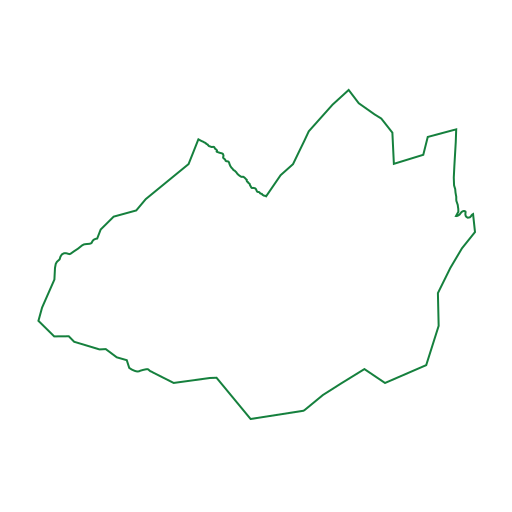 Zag, Bayanhongor, Mongolia, rotated 268°
{"feature_id": "93677404B97926170794637", "entity_name": "Zag", "entity_type": "district", "adm_level": 2, "iso_a3": "MNG", "parent_name": "Mongolia", "parent_adm1": "Bayanhongor", "projection": "albers", "projection_center": [99.297, 46.924], "detail": "fine", "context": "isolated", "style": "outline", "palette": "green", "viewbox_px": 512, "rotation_deg": 268, "n_neighbors": 0, "source": "geoboundaries", "source_scale": "gbopen_adm2", "svg_char_len": 3263}
<svg xmlns="http://www.w3.org/2000/svg" viewBox="0 0 512 512"><g transform="rotate(268 256 256)"><path d="M339.3,457.4L362.8,459.6L375.6,460.5L369.0,431.8L351.3,426.7L343.3,397.0L374.5,396.6L389.0,386.0L393.4,379.4L405.1,364.0L418.7,354.4L404.6,337.8L378.8,313.1L369.2,308.2L358.3,302.4L346.5,296.2L335.9,283.4L315.3,268.2L315.9,267.2L315.9,266.4L316.0,266.1L316.4,265.6L316.6,265.1L317.2,264.4L317.9,264.0L318.1,263.1L318.3,262.7L318.5,262.3L319.1,262.0L319.5,261.6L319.8,261.1L320.0,259.9L320.3,259.4L321.0,259.0L321.8,258.7L322.8,258.3L323.6,257.6L323.8,257.1L323.9,256.6L324.1,256.0L324.1,255.2L324.2,254.1L324.6,253.7L325.2,253.4L326.0,253.1L326.3,252.8L326.7,252.6L327.2,252.4L327.9,252.3L328.4,252.1L328.7,251.8L329.0,251.3L329.6,250.7L330.2,250.5L330.6,249.8L331.1,249.5L331.7,249.3L332.5,249.4L332.9,248.9L333.6,248.3L334.3,247.7L335.2,246.7L335.7,245.8L335.6,245.3L335.6,244.6L335.7,244.0L336.5,242.8L337.1,242.0L337.9,241.1L339.1,240.0L340.3,239.3L341.2,238.4L342.0,237.7L342.6,236.6L343.2,236.1L344.3,235.4L344.9,234.7L346.6,233.6L348.1,233.0L348.9,232.7L349.8,232.5L350.8,232.1L351.3,231.7L351.6,230.9L351.7,229.9L351.9,229.4L352.3,228.9L353.0,228.7L353.4,228.5L353.7,228.2L354.2,227.8L354.6,227.2L355.2,226.7L355.6,226.6L356.0,226.6L356.8,226.9L357.4,227.0L358.0,226.9L358.7,226.6L359.3,226.4L359.6,225.9L359.8,225.4L360.1,224.4L360.3,223.6L360.6,222.9L360.8,222.2L361.1,221.6L361.4,220.8L361.6,220.4L361.8,220.3L362.4,220.6L362.8,220.7L363.3,220.4L363.9,219.9L364.2,219.4L364.6,218.9L365.0,218.6L365.5,218.5L365.8,218.3L366.3,218.0L366.5,217.5L366.6,217.1L366.5,216.5L366.5,215.4L366.8,214.6L367.2,213.7L367.4,213.0L367.7,212.6L368.1,212.3L368.6,211.8L369.0,211.7L369.3,211.2L369.7,210.4L370.2,209.9L370.8,209.5L371.1,208.6L371.5,208.0L371.8,207.6L372.2,206.9L372.4,206.4L372.7,205.8L373.2,204.9L373.5,204.2L373.9,203.8L374.1,203.4L374.4,202.8L374.6,202.5L374.2,202.3L361.1,196.6L350.2,191.8L340.4,178.9L316.7,147.8L305.7,137.9L300.3,115.1L287.9,101.7L279.0,97.9L278.7,96.2L278.2,95.0L277.8,94.2L276.3,92.9L275.0,92.3L274.3,91.3L274.0,89.9L273.9,87.7L273.8,86.2L273.6,84.5L272.7,82.6L269.5,78.3L267.2,74.5L264.7,70.7L264.4,69.7L264.8,68.2L265.3,66.8L265.5,65.2L265.4,64.1L264.4,62.1L262.3,60.6L259.5,59.6L257.1,56.8L255.1,55.6L251.1,54.7L239.5,53.7L211.9,40.4L198.8,36.3L182.7,51.5L182.3,66.1L176.6,71.3L168.1,96.3L168.2,102.6L159.6,113.3L156.4,123.2L148.6,125.4L146.9,127.8L146.2,129.2L145.4,130.9L144.9,132.5L144.7,133.8L144.9,135.2L145.4,136.4L146.1,139.2L146.6,142.0L146.7,143.4L146.4,144.4L145.4,145.4L144.5,146.4L144.1,147.5L143.1,149.1L132.0,169.3L135.7,205.6L135.7,212.3L93.3,244.9L99.7,298.1L100.5,299.4L114.8,318.1L125.6,336.5L139.2,360.4L124.6,380.5L141.0,422.3L179.8,436.1L212.6,436.5L237.3,449.8L256.5,462.1L272.3,475.7L290.3,474.4L289.8,473.5L289.0,472.7L288.3,472.3L287.3,471.3L287.0,470.1L286.9,468.9L287.8,467.6L288.7,467.0L290.0,466.7L291.5,466.8L292.5,467.0L293.1,466.9L293.6,466.1L293.7,465.2L293.5,464.3L292.9,463.1L291.8,462.1L290.3,460.9L289.4,459.4L288.9,458.0L289.0,457.3L293.2,459.8L296.2,459.8L297.6,459.6L300.0,459.4L302.7,458.6L304.0,458.2L305.2,458.1L308.2,458.2L310.2,457.9L312.4,457.6L316.0,457.4L318.5,456.7L319.8,456.4L322.6,456.4L327.5,456.4L339.3,457.4Z" fill="none" stroke="#15803d" stroke-width="2"/></g></svg>